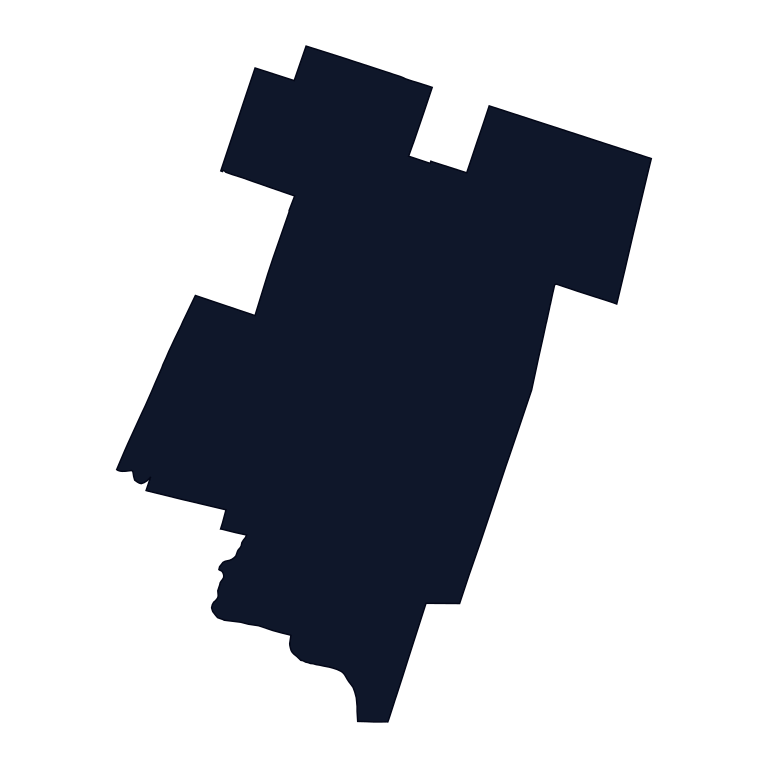 Gheorghe Doja, Ialomita, Romania (Natural Earth projection)
{"feature_id": "2599482B31175002278659", "entity_name": "Gheorghe Doja", "entity_type": "district", "adm_level": 2, "iso_a3": "ROU", "parent_name": "Romania", "parent_adm1": "Ialomita", "projection": "natural_earth1", "projection_center": [27.18, 44.644], "detail": "fine", "context": "isolated", "style": "filled", "palette": "ink", "viewbox_px": 768, "rotation_deg": 0, "n_neighbors": 0, "source": "geoboundaries", "source_scale": "gbopen_adm2", "svg_char_len": 3229}
<svg xmlns="http://www.w3.org/2000/svg" viewBox="0 0 768 768"><path d="M387.1,721.8L387.4,721.9L387.8,721.9L388.9,718.9L389.1,718.2L389.9,715.8L393.7,704.0L395.3,698.9L396.3,696.0L402.8,675.9L407.6,660.7L426.0,603.3L459.6,603.5L469.6,573.3L469.7,573.1L480.2,542.9L490.0,513.7L500.9,481.0L506.0,465.7L509.5,455.6L518.7,428.5L529.3,396.9L531.6,390.1L536.8,365.9L538.2,359.3L543.4,336.0L546.2,322.9L546.3,322.7L546.4,322.3L546.7,321.1L546.9,320.0L547.8,316.0L547.9,315.4L549.2,309.5L550.1,305.0L550.3,304.5L552.6,293.7L553.5,289.9L554.3,286.2L554.5,285.4L555.0,284.5L556.0,284.2L556.7,284.2L560.9,285.6L564.7,286.9L571.4,289.1L577.2,291.1L584.7,293.5L595.2,296.9L604.7,299.9L610.8,301.9L613.2,302.7L616.7,304.0L617.0,302.8L624.8,270.1L633.2,233.9L648.3,170.8L651.3,158.6L545.3,124.1L534.5,120.6L510.8,112.9L489.2,105.9L489.1,106.2L483.7,122.5L480.9,130.8L477.7,140.1L470.4,161.9L470.2,162.5L466.7,172.8L432.3,161.8L430.9,161.2L430.2,163.4L408.6,156.2L413.1,143.6L413.3,143.2L424.1,111.6L432.1,87.7L432.2,87.4L419.6,83.3L415.7,82.1L412.9,81.3L408.9,80.0L406.3,79.1L405.4,78.8L404.6,78.4L403.9,78.0L402.0,77.2L400.5,76.6L396.2,75.2L393.0,74.2L391.9,73.8L377.3,69.0L351.8,60.7L348.0,59.4L343.3,57.9L306.1,46.1L296.6,73.6L294.2,80.6L255.1,68.0L243.1,103.8L231.6,138.5L220.8,170.9L222.1,171.4L222.5,171.5L222.9,170.4L224.3,170.7L225.8,172.2L232.2,174.5L242.7,177.8L253.0,181.5L257.1,182.9L271.1,187.8L285.9,192.9L291.7,194.9L294.7,195.9L289.1,210.5L289.1,212.0L273.2,257.7L267.9,273.7L255.0,315.6L195.4,295.5L185.9,315.4L183.0,321.4L180.9,326.2L177.9,332.3L174.5,339.3L171.4,346.0L169.0,351.0L166.0,358.0L162.9,364.8L161.8,367.9L155.3,382.8L152.0,390.6L146.0,404.2L145.1,406.2L142.3,412.1L128.0,443.3L124.9,450.3L118.8,464.6L116.7,469.6L118.0,470.4L119.9,471.0L121.1,471.2L122.3,471.3L125.6,471.2L128.8,470.8L131.6,470.5L132.6,471.2L133.0,472.2L133.3,474.0L133.7,476.5L134.3,478.7L134.7,480.1L137.3,482.0L139.3,483.1L141.2,483.6L144.1,482.6L147.1,480.7L150.7,476.8L146.1,490.5L147.4,490.9L182.0,499.4L205.8,505.0L215.9,507.4L226.0,509.8L222.5,522.9L220.6,529.0L221.1,529.0L235.6,532.6L246.6,535.0L245.5,537.5L243.5,540.0L241.9,542.6L241.2,546.0L240.2,547.7L238.4,549.7L237.6,551.1L235.9,555.9L234.4,557.5L232.1,559.2L229.7,560.3L226.9,560.9L225.1,561.3L223.0,562.4L221.6,564.2L219.6,566.7L218.9,569.6L220.2,570.4L221.1,570.7L222.1,571.4L223.0,572.9L223.7,575.0L223.7,577.4L222.5,579.5L221.3,581.0L220.2,582.8L219.7,585.0L217.8,590.7L218.1,594.3L218.2,595.8L217.9,597.3L217.3,598.5L215.5,600.7L213.7,602.2L212.3,604.8L211.6,607.8L212.4,610.5L212.8,611.6L215.7,615.4L217.6,617.6L220.0,618.5L222.7,619.4L224.2,620.2L240.7,622.2L248.4,624.2L258.6,625.7L272.8,630.5L281.6,632.9L289.4,634.8L290.3,635.1L290.9,635.4L289.7,643.7L289.9,645.6L290.5,648.3L291.2,650.6L292.3,652.4L294.0,654.2L296.9,656.5L299.4,658.9L300.8,660.3L303.0,660.7L305.7,662.1L308.1,662.6L310.5,663.5L313.1,663.7L316.2,664.6L319.5,665.1L323.5,666.0L329.3,667.1L333.0,668.1L337.0,669.4L339.6,670.6L341.2,671.4L342.7,672.5L344.5,674.5L345.8,676.7L347.4,679.5L349.0,681.9L351.4,685.0L353.1,687.4L354.8,692.0L356.3,697.7L356.6,700.9L357.1,706.4L357.1,711.2L357.7,721.4L366.2,721.6L373.4,721.9L381.7,721.9L387.1,721.8Z" fill="#0f172a" stroke="#020617" stroke-width="1.5"/></svg>